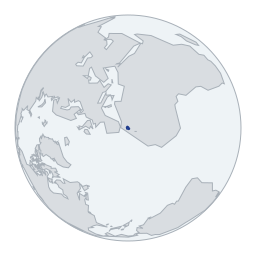 Tadla - Azilal highlighted on a globe, orthographic projection, rotated 267°
{"feature_id": "MAR-1453", "entity_name": "Tadla - Azilal", "entity_type": "Region", "adm_level": 1, "iso_a3": "MAR", "parent_name": "Morocco", "parent_adm1": "", "projection": "orthographic", "projection_center": [-6.449, 32.083], "detail": "fine", "context": "on_globe", "style": "filled", "palette": "blue", "viewbox_px": 256, "rotation_deg": 267, "n_neighbors": 0, "source": "natural_earth", "source_scale": "10m", "svg_char_len": 9514}
<svg xmlns="http://www.w3.org/2000/svg" viewBox="0 0 256 256"><g transform="rotate(267 128 128)"><circle cx="128" cy="128" r="113" fill="#eef3f6" stroke="#a8b0b8"/><path d="M102.1,18.4L99.0,19.3L99.4,19.4L103.7,18.2L105.1,18.0L108.0,17.5L109.3,17.5L106.4,18.6L107.2,18.7L110.2,17.9L113.4,17.6L108.9,18.7L114.0,18.5L110.1,21.0L97.0,25.1L96.0,27.5L85.7,34.9L87.9,34.7L85.3,37.7L86.9,38.7L84.5,40.1L87.8,39.7L89.6,38.3L91.7,37.7L92.8,38.2L90.0,40.0L89.0,40.0L88.8,40.8L86.9,41.5L88.4,41.4L84.9,43.7L90.0,42.3L88.5,44.8L85.7,46.1L84.0,44.8L73.3,45.7L69.9,47.2L67.0,50.2L65.6,58.1L62.7,60.4L60.4,64.3L62.8,63.4L65.6,60.0L69.6,59.6L72.5,55.9L74.5,55.3L78.3,52.2L79.9,54.0L79.4,57.6L76.3,60.3L76.0,62.1L80.7,60.7L76.6,67.4L76.9,74.8L75.6,76.6L70.0,77.3L65.6,73.8L58.3,75.9L65.2,76.1L61.9,81.0L62.3,82.6L63.7,83.3L65.8,82.1L65.1,84.3L58.1,84.6L58.6,82.7L60.8,82.5L58.7,81.0L53.9,81.8L52.7,84.5L46.8,83.8L45.8,85.8L44.0,87.0L46.0,83.7L42.3,89.7L35.2,91.5L30.1,102.3L32.8,91.8L32.3,88.7L31.3,86.2L30.4,87.9L30.3,83.1L28.0,83.3L23.9,90.2L21.4,97.7L21.8,102.1L23.5,99.8L24.6,102.0L20.6,109.4L22.1,115.9L20.1,122.5L20.2,127.6L21.7,129.2L23.1,133.5L25.2,131.2L28.1,131.9L27.0,137.7L29.5,134.0L30.5,138.4L36.9,143.6L36.1,144.5L41.3,155.8L48.7,163.3L50.5,168.5L49.4,170.5L52.4,172.7L52.4,174.4L65.9,182.6L74.0,189.3L74.6,194.8L69.5,198.9L68.8,209.4L60.7,209.0L61.3,212.5L59.6,215.4L54.4,211.8L58.7,215.8L58.0,215.9L55.3,214.0L57.3,215.7L56.8,215.3L49.4,208.7L42.6,201.4L41.8,200.5L33.0,185.2L30.6,180.6L25.9,172.4L19.9,153.8L20.2,149.6L19.5,145.8L21.9,141.3L22.2,132.7L21.5,130.4L20.4,131.9L19.0,122.6L19.7,115.1L21.9,91.1L23.4,86.6L25.6,81.9L37.1,61.7L27.1,78.1L29.5,73.3L33.5,66.7L33.8,66.4L39.8,58.1L43.4,53.6L52.1,44.9L61.8,38.0L59.2,40.1L61.8,38.5L65.3,35.9L67.0,34.6L80.9,27.7L93.3,22.1L95.1,20.9L96.3,21.0L98.4,19.3L100.8,18.7L102.1,18.4ZM28.3,105.6L30.2,116.2L27.6,113.6L28.4,113.3L28.2,109.8L27.4,105.2L25.6,103.5L28.3,105.6ZM32.5,102.4L32.1,101.0L32.7,101.9L32.5,102.4ZM67.5,34.1L65.3,35.9L61.5,38.5L63.3,36.9L67.5,34.1ZM74.8,29.8L74.1,30.4L71.2,31.7L72.5,30.9L74.8,29.8ZM96.1,20.2L94.0,20.9L95.5,20.3L96.1,20.2ZM108.2,17.4L108.4,17.3L109.8,17.1L108.2,17.4ZM77.2,51.5L77.7,51.9L76.8,52.2L77.2,51.5ZM78.3,49.9L76.8,50.1L77.1,49.3L78.1,49.2L78.3,49.9ZM113.1,17.0L115.4,16.8L112.6,17.1L113.1,17.0ZM80.2,49.9L77.9,48.1L78.5,46.8L82.5,45.5L80.2,49.9ZM116.3,16.8L121.8,16.7L122.6,16.4L123.5,17.6L118.5,17.1L114.9,17.5L116.7,17.1L116.3,16.8ZM89.8,37.6L87.8,39.1L88.4,37.4L89.8,37.6ZM89.6,36.7L88.6,32.8L91.9,31.0L91.6,32.6L95.2,30.1L97.4,31.1L95.9,32.7L93.3,33.6L96.1,33.3L89.6,36.7ZM123.0,18.4L123.9,18.7L122.4,18.6L123.0,18.4ZM92.6,37.3L92.0,36.6L94.9,35.0L96.5,36.1L95.1,36.2L92.6,37.3ZM95.1,29.0L97.5,28.1L99.9,28.6L101.2,28.4L97.7,30.9L95.1,29.0ZM95.0,36.9L97.2,36.8L96.8,38.0L93.3,37.9L95.0,36.9ZM95.0,34.1L96.5,33.4L96.2,34.1L95.0,34.1ZM96.8,42.9L96.1,41.9L97.5,40.9L96.8,42.9ZM98.1,36.6L98.2,36.2L98.7,35.7L100.1,36.0L98.1,36.6ZM99.7,31.2L100.2,31.7L101.2,30.2L103.1,30.7L100.4,32.3L102.4,31.8L102.9,32.0L100.1,33.2L99.7,31.2ZM103.0,34.9L100.2,37.4L101.2,39.4L99.9,40.3L98.6,37.0L103.0,34.9ZM101.5,33.8L102.1,34.6L100.3,35.2L98.7,34.9L101.5,33.8ZM105.3,30.4L103.1,29.3L103.8,29.0L105.3,30.4ZM103.6,35.3L104.3,34.7L103.9,35.4L103.6,35.3ZM105.2,31.8L104.4,31.3L105.1,31.0L105.2,31.8ZM106.3,33.9L105.4,34.7L104.3,34.5L106.3,33.9ZM106.1,32.8L107.3,32.5L104.4,34.0L105.6,32.7L106.1,32.8ZM106.1,31.5L106.3,31.2L106.3,31.7L106.1,31.5ZM110.9,34.3L107.5,36.3L105.1,35.8L108.7,33.9L110.9,34.3ZM146.7,16.9L136.2,16.1L140.9,16.3L141.1,16.5L143.6,16.8L146.8,17.1L146.3,17.0L158.2,19.9L168.4,23.0L164.5,21.5L172.5,24.5L180.1,28.1L187.4,32.3L194.4,37.0L201.1,42.3L207.3,48.0L213.0,54.1L218.3,60.7L223.1,67.7L227.4,74.9L231.1,82.5L234.2,90.4L233.1,87.5L230.9,83.5L232.6,89.7L236.2,105.1L238.6,114.6L238.9,121.0L234.6,111.7L231.0,103.8L230.5,106.6L225.2,103.0L219.1,110.3L217.3,108.7L216.3,111.3L212.4,111.4L209.3,108.6L207.4,110.5L215.5,117.9L217.4,115.9L217.7,110.1L219.8,113.3L223.4,114.1L222.7,126.8L212.1,144.7L209.5,138.0L193.3,122.9L192.9,120.3L192.8,120.1L192.5,119.7L192.6,124.1L189.3,120.9L199.6,132.6L202.1,138.4L212.0,145.3L211.4,146.9L214.2,147.7L221.0,139.5L221.4,142.0L219.1,155.9L208.3,177.5L208.8,186.0L206.6,194.0L197.9,202.6L196.7,207.6L191.9,211.3L190.3,214.2L185.4,218.5L177.8,223.3L167.1,226.5L168.0,224.4L165.0,221.0L161.5,209.9L165.8,202.9L165.5,197.9L157.6,187.6L159.5,180.2L157.0,177.7L152.0,179.2L148.9,176.0L145.8,176.3L125.0,180.4L117.7,175.7L106.9,160.5L110.0,154.4L108.9,147.0L128.8,120.8L134.9,121.8L152.6,115.8L155.2,116.3L155.0,122.5L169.9,126.5L172.4,120.6L184.0,120.9L190.4,118.1L189.2,106.4L178.6,110.8L174.9,106.2L181.7,98.2L190.7,94.7L189.5,92.8L182.2,91.0L182.6,86.3L179.5,90.0L182.0,91.4L180.1,93.9L177.7,92.9L178.0,91.2L174.8,91.4L174.5,99.9L177.0,102.2L169.8,106.2L173.2,110.5L171.9,113.5L165.5,107.4L164.8,104.6L154.4,99.0L154.4,102.2L164.3,107.9L161.9,107.9L162.0,112.8L160.1,109.1L149.3,102.5L141.7,105.9L134.8,118.8L129.7,120.4L124.1,118.6L123.8,106.6L135.2,104.5L135.2,100.7L130.4,95.8L134.3,95.8L133.7,93.6L137.8,92.8L141.1,86.9L144.8,85.7L143.8,79.2L145.6,77.8L145.7,82.0L147.8,84.3L156.8,81.6L157.9,79.9L156.5,76.0L159.2,76.0L156.7,72.6L160.7,69.6L153.7,70.6L151.8,66.7L153.0,62.8L151.1,61.8L149.2,68.1L149.6,70.6L152.0,72.3L151.9,79.6L149.3,81.6L144.5,74.9L140.3,77.0L138.5,71.3L144.8,57.0L148.6,53.5L159.8,55.3L160.3,58.1L156.5,58.7L162.1,61.5L160.7,59.6L162.9,59.7L161.7,56.3L163.2,56.2L159.5,53.2L161.2,52.8L163.5,54.7L163.2,49.7L166.2,48.2L165.4,47.2L163.7,46.5L168.6,45.2L167.8,44.5L165.9,44.6L163.0,43.4L159.9,40.8L161.8,40.5L163.2,41.4L168.8,43.0L172.2,45.7L172.6,45.4L170.2,43.0L163.2,41.0L160.8,39.5L164.1,40.1L162.7,39.8L162.1,39.0L163.3,38.0L159.7,37.3L150.4,30.2L151.7,28.0L155.6,29.1L151.1,24.8L152.9,23.3L151.2,23.3L147.8,21.7L147.2,22.1L146.1,22.0L137.3,18.9L136.6,18.1L130.8,17.4L129.9,17.5L130.1,17.9L123.5,17.6L122.6,16.4L124.7,16.2L122.8,15.8L127.9,15.6L131.2,15.5L137.8,15.9L139.9,16.0L138.8,15.9L146.7,16.9ZM124.2,134.3L124.1,136.6L124.2,134.3ZM201.7,96.5L206.0,93.9L201.3,88.6L202.5,87.2L200.5,86.1L200.9,88.2L195.5,84.8L196.3,81.6L194.4,79.1L192.8,80.0L192.2,86.5L200.0,91.3L200.2,94.7L201.7,96.5ZM37.1,143.7L37.7,145.5L36.6,144.6L37.1,143.7ZM26.5,115.5L27.3,116.9L27.4,118.4L26.7,117.8L26.5,115.5ZM34.9,125.5L36.2,127.3L34.5,126.4L34.9,125.5ZM30.7,117.7L33.9,124.3L30.7,123.3L28.9,119.2L30.6,120.6L30.7,117.7ZM30.6,105.2L30.9,106.3L30.3,107.2L30.6,105.2ZM33.0,103.1L32.8,102.9L32.9,101.7L33.0,103.1ZM62.3,80.9L62.9,81.0L64.0,82.2L62.8,82.4L62.3,80.9ZM73.1,83.4L71.8,86.8L71.9,84.4L69.9,85.2L67.7,81.3L74.9,77.3L72.0,79.7L73.1,83.4ZM66.7,75.5L67.3,78.1L66.4,75.4L66.7,75.5ZM126.7,83.9L128.9,84.9L128.5,87.5L123.7,89.9L124.2,86.1L126.7,83.9ZM132.0,85.9L128.7,79.1L131.5,77.6L130.5,79.5L132.7,79.2L131.7,82.3L137.6,87.9L137.7,90.6L128.8,93.0L131.7,90.6L129.4,89.6L132.0,85.9ZM115.1,66.9L113.7,64.6L121.7,64.2L122.1,66.4L117.4,68.7L114.1,67.5L115.1,66.9ZM87.7,48.2L86.7,47.8L87.4,47.3L89.0,47.1L87.7,48.2ZM96.3,42.5L93.2,49.3L91.8,49.1L91.6,53.6L87.9,55.1L88.1,52.1L85.1,56.8L83.9,54.7L82.2,58.0L83.2,51.2L82.0,49.7L84.8,50.7L88.2,49.3L89.3,48.2L91.6,44.3L90.6,40.8L93.8,39.1L96.4,38.8L97.1,39.4L94.8,40.3L97.4,40.5L94.6,42.2L96.3,42.5ZM124.5,40.7L121.4,40.8L126.3,42.7L123.5,43.9L124.2,44.0L123.0,45.8L122.7,48.2L121.2,48.5L121.7,49.3L120.9,50.6L121.2,51.9L118.5,53.0L118.6,54.7L117.2,54.3L118.2,57.1L116.3,55.5L115.0,57.2L117.5,57.8L102.3,61.9L97.3,65.3L94.3,69.1L91.4,66.4L92.5,61.2L95.8,55.7L100.9,53.0L98.7,52.4L100.5,51.0L101.5,52.1L101.1,49.7L102.8,48.9L105.8,44.8L104.0,42.1L105.1,40.7L106.6,41.3L106.5,39.5L110.2,39.8L111.0,38.9L115.4,38.4L117.9,40.4L118.6,39.2L122.0,39.0L124.5,40.7ZM112.2,34.2L115.8,36.1L116.1,37.7L108.3,37.9L107.1,38.7L102.1,39.2L101.8,36.9L103.3,36.9L104.6,36.5L104.2,37.4L105.5,36.3L107.6,36.4L109.2,35.6L109.9,36.4L112.2,34.2ZM156.9,113.6L158.6,113.4L161.1,112.5L161.2,115.7L156.9,113.6ZM149.5,109.2L150.9,108.5L152.2,112.3L150.4,112.5L149.5,109.2ZM150.5,105.0L150.8,108.1L149.6,106.6L150.5,105.0ZM146.9,81.2L148.3,80.3L148.9,81.2L148.6,82.7L146.9,81.2ZM138.3,47.6L136.5,47.1L136.6,46.6L133.9,44.4L135.7,43.5L138.1,44.4L138.3,47.6ZM188.1,109.0L186.9,111.9L185.6,111.3L186.3,110.4L188.1,109.0ZM173.9,114.3L177.7,114.5L173.9,115.2L173.9,114.3ZM139.8,46.2L138.5,45.4L140.3,45.5L139.8,46.2ZM137.0,42.7L138.8,42.6L135.6,43.1L137.0,42.7ZM219.1,184.6L210.1,200.5L206.8,202.8L207.6,199.7L211.9,190.9L216.4,186.0L218.9,180.9L219.1,184.6ZM238.8,115.2L239.9,119.2L239.9,121.4L238.8,115.2ZM153.8,39.1L155.6,43.0L158.1,45.6L161.4,46.6L157.5,47.0L153.6,43.0L153.8,39.1ZM150.7,31.2L147.7,30.7L148.5,30.1L149.2,30.1L150.7,31.2ZM149.3,31.5L146.7,32.6L144.7,31.7L147.1,31.0L149.3,31.5ZM143.4,38.9L143.8,40.1L142.4,40.0L143.4,38.9ZM162.9,20.9L161.7,20.5L161.9,20.6L162.9,20.9ZM124.7,18.4L124.0,18.6L123.8,18.3L124.7,18.4ZM145.9,22.3L144.4,22.1L144.2,21.7L145.9,22.3ZM140.1,21.5L141.3,22.2L139.2,21.6L140.1,21.5ZM144.1,23.7L141.4,22.5L145.1,23.5L144.1,23.7Z" fill="#d9dde1" stroke="#a8b0b8" stroke-width="1"/><path d="M128.7,126.6L128.9,126.7L129.1,126.9L129.3,127.0L129.5,127.1L129.6,127.3L129.6,127.5L129.4,127.7L129.2,127.9L129.0,128.0L129.1,128.3L128.7,128.6L128.1,128.9L128.0,129.0L127.9,129.0L127.6,129.2L127.5,129.3L127.4,129.4L127.1,129.4L126.9,129.3L126.8,129.2L126.6,128.8L126.6,128.7L126.9,128.6L127.0,128.5L127.0,128.4L127.0,128.2L126.9,128.0L126.9,127.9L126.9,127.7L127.0,127.4L127.0,127.2L127.1,126.9L127.3,126.8L127.5,126.8L127.8,126.7L128.3,126.8L128.6,126.7L128.7,126.6Z" fill="#3b82f6" stroke="#1e3a8a" stroke-width="1.5"/></g></svg>